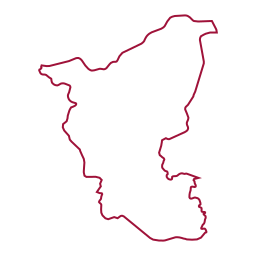 Lacs, orthographic projection
{"feature_id": "CIV-3461", "entity_name": "Lacs", "entity_type": "Department", "adm_level": 1, "iso_a3": "CIV", "parent_name": "Ivory Coast", "parent_adm1": "", "projection": "orthographic", "projection_center": [-5.076, 6.892], "detail": "fine", "context": "isolated", "style": "outline", "palette": "rose", "viewbox_px": 256, "rotation_deg": 0, "n_neighbors": 0, "source": "natural_earth", "source_scale": "10m", "svg_char_len": 3830}
<svg xmlns="http://www.w3.org/2000/svg" viewBox="0 0 256 256"><path d="M198.5,177.9L194.1,179.0L193.7,179.6L193.6,180.3L194.1,180.8L194.5,181.4L194.7,183.0L195.0,183.9L195.5,184.7L195.8,186.0L195.5,186.7L194.7,187.0L192.1,186.6L191.1,187.0L190.8,187.7L190.6,190.3L189.8,192.9L189.5,194.8L189.4,197.2L189.9,198.2L190.7,198.6L191.6,198.6L192.5,198.3L194.1,197.7L195.0,197.5L197.6,198.2L198.6,198.9L199.5,200.1L200.4,202.9L200.5,204.3L200.0,204.9L199.4,205.1L198.9,206.0L199.0,206.7L199.7,207.1L200.6,207.4L201.5,208.1L201.6,209.1L201.5,210.7L201.8,211.6L202.6,211.9L204.5,212.0L205.1,212.3L205.1,212.9L204.5,213.4L203.6,213.9L203.7,214.4L205.5,216.1L205.7,217.0L205.6,218.1L205.0,219.5L204.6,222.0L204.1,223.4L203.4,224.2L202.8,224.7L201.2,228.1L201.4,228.7L202.1,228.9L203.9,228.6L204.8,228.7L205.4,229.3L205.9,230.2L206.4,231.6L206.3,232.3L205.1,232.7L201.0,237.6L197.0,239.4L192.1,239.7L186.8,239.4L185.1,238.8L184.2,238.7L182.7,238.3L181.9,238.0L179.3,237.4L176.9,237.2L175.4,237.3L165.0,240.4L163.4,240.6L158.8,240.5L153.1,239.6L150.0,237.9L123.8,216.4L122.4,215.8L121.3,215.8L120.5,216.1L117.6,218.2L114.2,217.1L108.2,219.2L105.4,218.3L102.5,215.4L101.3,212.7L101.1,209.4L101.3,204.8L100.8,203.8L99.7,202.9L99.0,202.0L99.6,200.6L100.5,199.6L101.0,198.8L101.3,196.6L102.2,194.1L101.8,193.3L99.6,193.1L96.9,192.0L99.0,188.9L100.8,186.4L100.1,183.7L101.7,180.0L99.6,177.8L95.7,176.8L86.4,176.9L84.5,175.7L83.8,172.4L83.8,171.3L83.8,171.1L84.4,162.5L83.8,158.9L82.0,155.1L80.2,151.0L79.8,149.5L71.5,141.6L69.8,139.6L68.9,135.8L64.2,130.5L62.8,127.3L63.1,124.1L66.6,121.3L67.5,118.4L67.8,115.6L69.3,110.8L69.9,109.4L71.1,107.4L72.8,106.8L74.9,105.8L75.6,105.2L76.1,104.6L76.2,103.8L75.8,103.2L72.4,102.2L71.6,101.8L70.9,101.4L70.2,100.8L69.4,100.0L68.6,98.7L68.0,96.9L67.9,95.6L68.1,94.5L69.1,92.3L70.4,87.3L70.2,86.3L69.6,85.5L65.0,83.7L63.9,83.4L62.8,83.3L61.2,83.5L60.3,83.9L59.7,84.3L59.0,84.7L58.2,85.1L57.3,85.4L56.4,85.3L55.4,85.1L54.3,84.7L52.9,83.6L52.0,82.6L51.5,80.8L51.4,79.8L51.2,78.7L49.1,77.4L46.2,75.0L45.0,74.6L43.8,74.5L42.9,74.5L42.0,74.3L41.2,73.9L40.5,73.2L39.5,71.1L39.2,70.3L39.4,69.6L40.4,69.1L41.0,68.6L41.5,67.8L41.1,67.0L41.6,65.4L46.6,66.1L49.4,66.0L68.9,61.1L76.0,58.2L77.2,58.0L78.5,58.0L80.0,58.7L81.0,59.5L81.9,60.5L85.3,65.5L88.3,68.8L89.3,69.5L90.3,70.1L91.4,70.5L92.7,70.5L94.3,70.3L99.6,68.8L100.7,68.8L103.9,69.3L105.1,69.0L106.4,68.2L109.6,64.2L110.9,62.9L113.0,61.9L114.3,61.8L115.6,61.8L116.6,61.5L117.5,60.3L119.4,56.3L122.4,52.8L141.5,43.6L143.3,42.1L144.3,40.8L144.7,39.7L145.8,37.6L146.5,36.5L147.3,35.5L148.2,34.6L149.3,33.7L151.7,32.3L161.3,28.7L163.4,27.4L164.7,26.1L167.3,21.4L170.2,17.7L172.2,16.7L174.8,16.0L184.9,15.4L186.2,15.5L187.6,15.9L189.8,17.3L192.9,20.4L193.9,21.0L198.2,21.5L211.9,21.0L216.0,28.9L216.4,29.9L216.8,32.5L210.2,32.5L205.8,33.7L203.7,34.7L200.9,36.3L200.1,38.1L199.9,39.9L203.8,61.4L203.8,63.4L195.2,91.6L193.7,94.8L193.3,96.5L188.0,104.8L185.8,106.9L185.3,107.8L185.2,108.7L185.2,109.5L185.3,109.7L186.9,113.5L188.4,117.6L188.3,118.6L188.0,119.8L186.9,122.4L186.8,123.6L187.0,124.8L188.0,127.2L188.1,128.5L187.7,129.7L187.1,130.5L186.4,131.1L185.0,132.0L169.4,139.1L168.1,139.1L167.3,138.9L165.9,138.2L162.1,140.2L161.9,141.0L161.9,141.8L161.2,145.8L159.1,152.7L159.8,155.2L160.8,155.9L162.1,157.1L163.8,158.3L164.3,159.3L164.1,160.1L163.7,160.8L163.2,162.8L162.2,164.9L162.1,167.0L162.5,168.1L164.7,170.6L165.8,171.1L166.9,171.4L167.4,172.0L167.6,172.8L167.7,173.6L167.6,174.3L167.0,174.7L166.7,175.2L166.7,176.8L167.6,178.2L168.5,179.0L169.5,179.4L170.4,179.6L171.3,179.5L171.9,179.1L172.1,178.3L172.1,177.5L172.2,176.8L172.8,176.4L173.8,176.2L175.9,176.1L176.8,175.9L177.5,175.5L178.8,174.4L179.5,174.0L180.3,173.6L181.2,173.4L182.0,173.3L184.4,173.9L185.2,173.8L186.0,173.6L186.8,173.7L198.5,177.9Z" fill="none" stroke="#9f1239" stroke-width="2"/></svg>